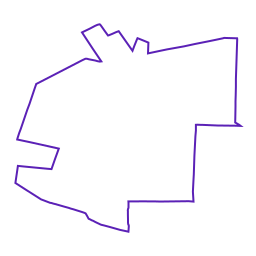 Galiciuica, Dolj, Romania (Robinson projection)
{"feature_id": "2599482B18051672506084", "entity_name": "Galiciuica", "entity_type": "district", "adm_level": 2, "iso_a3": "ROU", "parent_name": "Romania", "parent_adm1": "Dolj", "projection": "robinson", "projection_center": [23.4, 44.093], "detail": "fine", "context": "isolated", "style": "outline", "palette": "violet", "viewbox_px": 256, "rotation_deg": 0, "n_neighbors": 0, "source": "geoboundaries", "source_scale": "gbopen_adm2", "svg_char_len": 2005}
<svg xmlns="http://www.w3.org/2000/svg" viewBox="0 0 256 256"><path d="M237.2,39.2L237.1,38.3L230.1,38.1L226.5,38.0L224.2,37.9L222.9,38.3L215.3,39.9L209.0,41.2L194.9,44.0L183.8,46.4L167.0,49.4L159.3,51.0L148.0,53.4L148.4,42.6L143.8,40.7L138.6,38.6L137.5,38.2L136.9,39.5L134.2,46.2L132.5,50.8L120.6,33.9L118.7,31.2L116.2,32.1L112.2,33.9L108.5,35.4L108.0,35.5L104.1,30.1L103.0,28.5L100.8,25.4L100.0,24.5L99.7,24.3L99.2,24.4L98.2,24.6L97.0,25.0L95.0,25.9L89.7,28.7L85.1,30.9L82.0,32.4L92.8,48.8L101.3,61.4L99.7,61.6L97.6,61.2L95.2,60.5L89.0,59.3L87.1,58.8L86.0,58.7L85.3,58.8L82.3,60.2L36.2,84.0L36.0,84.7L34.9,87.8L29.5,103.9L27.3,109.7L20.8,128.8L19.2,133.0L17.4,138.6L17.2,139.5L30.5,142.3L58.4,148.5L58.8,148.6L55.1,158.8L51.5,169.1L47.9,168.8L23.8,166.5L17.9,165.9L17.5,168.7L15.4,183.0L26.3,190.0L41.1,199.4L43.8,200.4L45.6,201.1L49.3,202.5L49.7,202.7L50.6,202.9L51.5,203.0L53.3,203.6L56.6,204.4L57.0,204.6L57.5,204.7L64.1,206.6L68.8,207.9L70.8,208.6L73.4,209.3L77.5,210.6L82.0,212.0L84.6,212.9L85.2,213.2L85.6,213.4L86.4,214.7L87.7,217.0L88.5,218.6L88.7,218.8L89.7,219.2L90.3,219.5L91.2,220.0L91.7,220.3L92.4,220.5L93.5,221.0L95.3,222.0L97.6,223.1L99.1,223.8L100.5,224.5L101.1,224.7L101.3,224.8L103.5,225.3L109.5,226.9L120.1,229.9L127.6,231.5L128.4,231.7L128.5,230.8L128.8,226.4L128.7,225.1L128.3,224.6L128.1,223.5L128.0,222.6L128.0,219.6L127.9,214.2L127.9,210.9L127.8,210.6L127.9,209.6L128.0,209.2L128.1,208.7L128.3,208.4L128.4,208.0L128.5,207.4L128.5,206.8L128.5,206.5L128.5,205.7L128.5,204.9L128.5,203.5L128.5,203.0L128.4,201.4L130.2,201.4L134.6,201.4L138.1,201.4L140.7,201.3L149.7,201.4L154.8,201.4L158.4,201.5L163.8,201.5L188.7,201.2L191.1,201.4L193.5,201.6L192.9,191.7L193.4,181.5L193.8,174.4L194.4,156.0L195.4,136.4L195.9,130.6L195.9,124.8L197.6,124.7L198.8,124.8L203.2,124.9L217.4,125.5L235.0,125.7L240.6,125.9L239.3,124.9L235.2,122.5L235.3,117.8L235.5,106.6L235.5,103.8L235.5,101.4L235.7,95.4L235.8,90.8L235.9,86.6L235.9,79.0L237.2,39.2Z" fill="none" stroke="#5b21b6" stroke-width="2"/></svg>